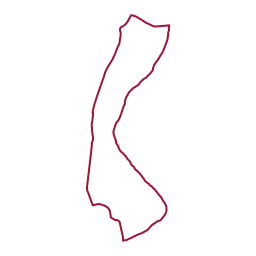 the district of Naqada, Qina, Egypt
{"feature_id": "37247803B87719226438942", "entity_name": "Naqada", "entity_type": "district", "adm_level": 2, "iso_a3": "EGY", "parent_name": "Egypt", "parent_adm1": "Qina", "projection": "orthographic", "projection_center": [32.741, 25.889], "detail": "fine", "context": "isolated", "style": "outline", "palette": "rose", "viewbox_px": 256, "rotation_deg": 0, "n_neighbors": 0, "source": "geoboundaries", "source_scale": "gbopen_adm2", "svg_char_len": 2274}
<svg xmlns="http://www.w3.org/2000/svg" viewBox="0 0 256 256"><path d="M123.2,240.6L126.6,240.0L131.9,237.6L135.3,235.8L139.1,234.1L142.0,233.1L145.3,231.2L148.0,229.6L148.9,228.4L151.1,226.0L152.5,224.6L154.8,223.2L156.4,221.9L158.6,220.9L160.5,220.3L164.7,215.1L165.8,213.0L166.6,210.3L166.4,208.1L166.4,206.4L165.6,204.9L164.4,202.4L163.0,200.7L161.7,198.2L160.6,196.7L158.4,194.2L157.3,192.6L154.9,189.7L154.2,188.8L152.9,187.9L152.2,186.8L151.1,185.9L149.6,185.2L149.0,184.0L146.9,182.5L145.2,181.1L143.4,178.3L141.7,176.0L139.3,172.9L137.2,171.1L136.9,170.5L135.2,169.5L133.9,166.8L132.3,165.8L131.6,164.7L131.2,164.2L130.5,163.3L130.4,162.2L130.1,161.9L129.7,161.2L127.9,159.4L126.7,157.8L125.8,156.2L124.5,155.0L123.3,153.6L121.6,152.2L120.1,150.6L119.1,148.9L117.9,145.7L116.2,143.2L115.9,140.7L115.0,138.2L114.3,136.4L113.9,135.3L113.4,132.4L113.7,130.1L114.4,128.7L115.2,125.3L116.4,122.7L117.2,121.7L118.5,120.2L119.5,118.0L120.5,115.7L122.8,108.9L123.6,106.3L124.4,104.9L124.7,104.3L124.9,101.8L125.3,100.0L126.0,97.6L127.2,95.6L127.9,94.5L128.6,92.9L129.8,91.5L131.5,89.8L132.1,89.2L133.2,88.1L135.1,87.0L137.6,85.3L139.0,84.4L139.2,83.8L140.6,81.9L142.2,80.4L143.9,78.9L145.1,78.2L146.9,76.9L148.3,75.2L149.5,74.3L150.4,73.1L152.0,71.3L152.8,70.2L153.0,68.1L153.6,66.8L153.9,65.5L155.4,63.1L157.4,60.4L159.1,58.0L159.7,56.8L160.5,55.3L161.5,53.9L162.9,51.6L164.0,48.6L165.2,45.9L166.8,41.5L167.5,39.3L167.9,36.4L168.1,34.6L168.3,32.1L169.0,30.3L168.9,27.5L168.9,25.7L169.0,25.4L162.8,25.9L162.5,26.0L160.0,26.2L156.2,26.4L154.2,26.5L151.2,25.2L148.7,23.9L145.7,22.6L141.1,19.5L138.6,18.1L136.6,16.8L133.1,15.5L131.0,15.4L129.6,17.9L127.4,22.0L124.7,25.1L122.8,26.2L120.9,27.3L120.0,28.9L120.1,30.8L120.8,33.7L120.6,35.2L119.4,43.7L118.1,46.2L117.2,48.3L115.1,53.8L112.5,59.4L108.0,66.6L105.4,71.7L103.7,77.2L101.1,84.5L97.0,96.3L95.7,100.4L94.1,105.4L92.5,112.4L93.1,113.3L92.5,119.8L91.7,124.3L92.2,132.1L92.7,135.3L92.9,136.5L93.1,139.5L91.8,143.0L91.9,144.5L91.3,150.4L87.3,184.7L87.0,187.2L87.1,190.1L88.8,194.4L89.5,196.4L91.7,202.6L92.9,205.3L98.0,204.0L100.9,204.4L105.4,206.0L108.0,207.9L109.6,210.2L110.1,211.7L110.9,217.5L115.5,220.2L117.4,220.1L119.5,221.5L121.5,230.5L122.7,235.6L123.2,240.6Z" fill="none" stroke="#9f1239" stroke-width="2"/></svg>